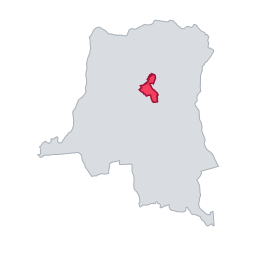 location of Opala, Orientale, Democratic Republic of the Congo, rotated 355°
{"feature_id": "63176286B48725841971461", "entity_name": "Opala", "entity_type": "district", "adm_level": 2, "iso_a3": "COD", "parent_name": "Democratic Republic of the Congo", "parent_adm1": "Orientale", "projection": "natural_earth1", "projection_center": [24.381, -0.71], "detail": "fine", "context": "in_parent", "style": "filled", "palette": "rose", "viewbox_px": 256, "rotation_deg": 355, "n_neighbors": 0, "source": "geoboundaries", "source_scale": "gbopen_adm2", "svg_char_len": 6588}
<svg xmlns="http://www.w3.org/2000/svg" viewBox="0 0 256 256"><g transform="rotate(355 128 128)"><path d="M214.8,174.1L196.9,177.4L197.3,178.5L197.1,179.8L196.7,180.7L194.8,183.3L192.1,185.6L192.1,186.2L193.5,188.8L194.3,192.4L194.1,198.8L194.4,200.5L194.4,201.8L193.5,203.3L191.6,210.9L192.8,214.6L196.3,218.1L198.4,220.6L201.9,221.6L202.4,221.4L202.6,219.3L205.4,218.5L205.3,232.1L205.1,232.8L204.6,233.0L204.0,232.6L203.8,231.3L203.0,230.7L199.6,232.4L198.8,232.4L197.8,232.1L197.2,231.4L197.0,230.3L194.6,226.4L193.4,226.1L192.1,222.5L186.8,219.9L184.7,219.7L183.7,218.9L182.6,216.1L180.9,214.3L180.5,212.3L180.1,212.0L179.0,212.4L178.1,215.6L176.9,216.3L174.7,216.4L169.2,215.5L165.3,213.9L164.3,214.0L162.7,212.5L162.1,210.1L162.4,208.2L162.1,207.9L156.2,209.5L154.7,210.4L153.4,210.2L153.0,209.7L153.6,208.4L153.3,207.0L152.8,206.3L151.1,205.8L150.5,204.3L149.4,204.1L149.1,204.3L148.8,205.3L148.2,205.7L144.6,205.2L140.9,206.5L135.9,206.1L133.6,207.7L133.2,207.7L132.7,206.9L132.2,204.3L132.5,203.6L133.2,203.1L133.5,202.1L133.2,199.4L133.4,198.8L133.1,197.2L132.4,194.8L131.4,192.8L129.1,189.8L128.7,188.4L128.8,185.0L129.6,179.7L129.5,175.7L128.5,173.2L128.3,170.4L128.9,165.4L128.3,164.2L117.0,163.8L116.5,163.5L116.3,162.8L116.8,159.8L109.9,160.6L107.9,161.1L106.6,162.3L106.2,163.9L106.1,166.0L105.1,168.1L104.8,171.5L102.9,171.9L101.0,171.9L97.3,171.2L93.7,172.2L92.0,173.1L91.1,172.7L87.9,173.0L87.4,172.8L83.7,165.9L82.1,163.6L81.8,162.5L81.9,161.4L81.4,160.0L79.7,156.5L79.4,154.8L79.5,152.2L79.3,151.4L77.7,149.1L76.7,148.4L75.6,148.0L57.0,148.3L50.9,147.9L46.5,148.2L44.2,148.0L43.6,147.7L41.5,148.2L40.5,149.1L38.9,149.6L37.9,149.4L35.9,146.8L38.6,146.4L38.7,146.1L38.9,140.0L38.2,139.1L39.6,138.1L41.8,135.4L44.0,134.4L44.3,133.9L44.8,133.9L45.6,135.1L47.5,136.5L49.9,135.2L50.1,134.9L50.4,132.2L51.0,132.0L52.0,132.6L52.6,132.6L53.6,131.8L56.6,130.5L57.5,132.2L56.7,133.7L57.0,134.8L57.1,136.5L57.6,136.8L60.0,137.0L60.7,136.6L65.4,130.6L66.6,129.9L68.6,127.5L71.2,126.4L72.3,124.5L73.8,121.2L74.5,116.3L74.3,107.9L74.5,106.8L77.6,103.0L80.9,96.1L83.1,94.3L84.7,93.6L87.3,91.1L89.3,88.5L89.0,85.5L89.5,83.0L90.6,79.8L91.0,76.4L90.6,72.8L90.8,69.9L92.3,65.2L92.4,59.9L93.8,55.4L96.5,49.7L97.8,45.4L97.5,41.3L97.9,38.2L97.8,36.4L97.3,34.8L97.5,33.8L98.5,33.4L99.8,31.8L102.1,27.7L104.6,25.7L106.3,25.0L108.1,25.1L109.2,25.5L111.1,27.1L113.3,28.4L114.9,30.0L116.5,32.5L120.3,33.0L122.0,33.9L123.0,34.3L123.3,34.0L124.1,34.2L125.9,34.9L127.4,34.5L134.5,36.2L135.3,35.3L137.3,31.0L138.8,29.6L141.2,29.4L143.1,30.2L144.1,30.2L152.8,26.5L154.0,26.4L157.1,27.3L159.2,26.7L160.0,26.8L161.8,26.2L163.3,23.6L164.5,23.0L177.0,25.8L178.9,24.4L179.8,24.3L182.6,25.3L183.5,26.8L185.1,28.2L186.3,30.5L188.2,31.7L189.1,32.9L190.2,33.7L192.5,34.0L195.4,32.0L197.5,32.2L199.5,33.3L200.2,33.3L201.8,32.1L202.6,30.8L203.4,30.5L204.6,31.1L205.6,32.3L206.4,34.0L209.6,37.9L212.6,39.5L213.4,41.9L214.5,41.6L215.0,41.9L215.8,43.4L216.4,43.7L216.5,44.3L215.7,45.7L215.0,48.4L215.9,50.0L215.2,52.5L214.8,54.9L215.8,55.6L217.0,55.5L218.2,56.8L219.1,57.0L220.1,58.4L219.8,59.5L216.9,63.6L212.4,68.6L210.8,69.2L210.1,70.1L209.5,71.5L208.2,72.7L207.2,73.2L207.1,76.8L205.6,80.5L205.0,81.3L204.2,87.3L204.3,88.4L203.5,93.3L203.7,97.9L201.5,99.4L200.0,101.6L199.3,103.2L199.3,107.0L196.9,109.3L196.7,109.8L197.3,112.4L198.2,112.8L198.2,113.7L200.2,116.6L200.1,125.3L200.2,126.2L201.2,128.2L201.9,132.2L201.2,137.2L203.9,146.4L202.6,149.8L203.2,153.0L204.8,156.4L208.7,159.8L209.7,161.1L210.6,163.0L211.5,165.9L214.8,174.1Z" fill="#d9dde1" stroke="#a8b0b8" stroke-width="1"/><path d="M154.0,101.6L154.1,101.8L154.3,102.3L154.5,102.8L154.6,103.3L154.7,103.7L154.9,103.8L155.3,104.1L155.5,104.6L159.2,104.6L159.3,104.5L159.6,104.4L159.5,104.2L159.7,103.9L159.7,103.7L159.6,103.4L159.5,103.2L159.5,102.9L159.6,102.7L159.6,102.4L159.7,102.2L159.8,102.0L159.8,101.9L159.9,101.6L159.9,101.4L159.8,101.2L159.7,101.0L159.7,100.8L159.6,100.6L159.5,100.4L159.6,100.2L159.8,100.0L159.8,99.7L159.8,99.4L159.7,99.4L159.6,99.2L159.5,98.9L159.4,98.8L159.4,98.7L159.5,98.5L159.7,98.4L159.8,98.3L160.0,98.3L160.2,98.2L160.3,98.2L160.5,97.8L160.6,97.7L160.8,97.6L160.5,97.2L160.4,96.7L160.2,95.9L160.0,95.5L159.5,95.1L159.1,94.6L158.6,94.2L158.2,93.5L157.6,92.8L157.0,92.2L156.2,91.7L155.9,91.2L155.6,90.7L155.4,90.4L155.2,90.1L154.9,89.4L154.8,88.9L154.6,88.1L154.3,87.8L154.2,87.7L154.1,87.4L153.8,87.0L153.7,86.3L153.4,85.9L153.3,85.7L153.6,85.6L153.8,85.4L154.1,85.4L154.4,85.4L156.9,85.8L157.1,85.9L157.2,86.1L158.6,83.1L159.0,82.3L159.4,81.4L159.6,81.0L159.7,80.9L159.7,80.6L159.7,79.3L159.6,78.6L159.4,78.3L159.4,78.0L159.4,77.8L159.3,77.7L159.2,77.5L159.1,77.3L159.0,77.2L158.8,77.2L158.4,77.2L158.1,76.9L157.1,76.4L157.1,76.5L156.8,76.2L156.7,76.1L156.5,76.7L156.4,76.9L156.3,77.0L156.1,77.6L155.9,77.8L155.0,78.5L154.8,78.6L154.5,78.5L154.5,78.4L154.6,78.2L155.0,77.8L155.1,77.7L155.3,77.7L155.5,77.6L155.8,77.3L155.8,77.2L155.7,76.9L155.7,76.7L155.6,76.4L155.4,76.5L155.2,76.7L154.9,77.0L154.5,77.0L154.2,77.0L153.9,77.7L153.9,78.0L153.8,78.3L153.7,79.1L153.2,78.6L153.0,78.1L153.0,78.5L152.8,79.6L152.8,79.8L152.7,80.1L152.6,80.3L152.7,80.5L152.4,80.3L152.2,80.3L151.9,80.6L151.6,81.0L151.4,81.2L151.4,81.4L151.6,81.6L152.0,82.1L152.2,82.3L152.3,82.4L152.3,82.5L152.4,82.9L152.3,83.0L151.4,83.7L151.4,83.8L151.2,83.9L151.2,84.0L150.8,84.3L150.5,84.2L150.3,84.2L150.1,84.3L149.9,84.4L149.9,84.5L150.0,84.8L150.2,85.3L149.9,85.3L149.7,85.4L149.3,85.4L149.2,85.5L149.2,85.4L148.9,85.6L148.7,85.7L148.5,85.8L148.4,85.8L148.3,85.7L148.2,85.6L147.8,86.0L147.6,86.1L147.4,86.5L147.2,86.6L146.7,86.8L146.3,86.8L146.0,86.8L145.4,86.8L145.2,86.8L145.1,86.7L144.9,86.7L144.7,86.9L144.3,86.9L144.0,87.0L144.3,87.4L144.5,87.5L144.5,87.9L144.6,88.2L144.6,88.5L144.9,88.8L145.0,88.8L145.2,89.0L145.3,89.1L145.2,89.3L144.9,89.4L144.7,89.5L144.3,89.6L144.2,89.7L143.9,89.7L143.8,89.9L143.7,90.0L143.4,90.1L143.2,90.3L143.2,90.5L143.1,90.8L142.9,90.8L142.7,90.7L142.5,90.8L142.8,91.2L143.0,91.2L143.0,91.5L143.4,91.8L143.5,91.9L143.5,92.0L143.8,92.5L144.2,92.7L144.3,92.8L144.6,93.1L144.9,93.3L145.0,93.4L145.3,93.5L145.5,93.6L146.0,93.7L146.5,94.1L146.5,94.4L146.5,94.7L146.3,95.1L146.4,95.3L146.6,95.3L146.9,95.3L147.1,95.4L147.4,95.5L147.5,95.6L147.8,95.7L147.8,96.0L148.0,96.2L148.2,96.4L148.2,96.5L148.3,96.8L148.7,97.1L148.8,97.2L148.9,97.4L149.1,97.8L149.3,97.8L149.3,97.7L149.5,97.5L149.8,97.5L149.8,97.4L150.0,97.3L150.2,97.2L150.3,97.2L151.0,97.2L152.3,97.2L153.2,97.2L153.3,98.0L153.5,98.3L153.6,99.3L153.7,100.6L153.7,100.9L153.8,101.1L154.0,101.6Z" fill="#f43f5e" stroke="#9f1239" stroke-width="1.5"/></g></svg>